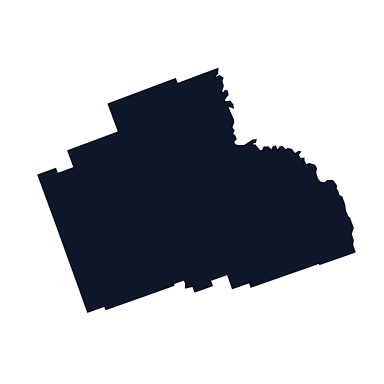 outline of Valley, Montana, United States of America, rotated 250°
{"feature_id": "52423323B15703516824983", "entity_name": "Valley", "entity_type": "district", "adm_level": 2, "iso_a3": "USA", "parent_name": "United States of America", "parent_adm1": "Montana", "projection": "orthographic", "projection_center": [-106.597, 48.331], "detail": "fine", "context": "isolated", "style": "filled", "palette": "ink", "viewbox_px": 384, "rotation_deg": 250, "n_neighbors": 0, "source": "geoboundaries", "source_scale": "gbopen_adm2", "svg_char_len": 1562}
<svg xmlns="http://www.w3.org/2000/svg" viewBox="0 0 384 384"><g transform="rotate(250 192 192)"><path d="M219.2,269.9L219.8,266.7L217.6,257.3L219.2,252.1L221.6,248.2L225.4,248.1L226.6,251.3L230.2,251.4L232.6,249.5L235.5,252.4L239.0,251.3L243.3,254.7L245.4,255.5L259.8,254.5L259.5,257.0L257.2,259.4L260.3,260.0L264.1,258.7L265.4,253.6L268.1,254.0L271.2,259.0L275.3,259.4L275.6,257.4L273.8,255.4L276.4,253.8L280.9,257.4L286.3,257.9L288.5,259.9L291.7,257.7L291.3,253.5L293.3,253.5L294.4,256.2L299.0,258.4L298.7,222.6L298.6,215.1L304.0,215.0L303.3,143.5L273.5,143.7L273.1,89.6L255.2,89.7L255.1,71.7L260.6,71.7L260.5,53.2L242.3,53.3L224.2,53.3L211.1,53.4L186.1,53.3L144.5,53.2L114.9,53.0L114.8,71.1L111.2,71.1L110.6,142.7L112.4,142.7L112.3,154.9L107.7,154.8L104.2,153.3L103.3,160.7L97.3,160.7L97.2,169.2L97.2,178.8L102.8,178.8L102.6,197.4L87.6,197.1L87.4,215.2L82.6,215.1L81.8,287.4L80.4,287.4L80.0,324.5L87.6,324.7L91.6,326.9L98.2,327.0L103.1,331.0L113.4,331.0L115.7,329.8L122.0,329.6L128.1,331.0L136.4,330.9L138.1,328.7L143.4,329.1L145.7,328.2L148.4,329.7L153.0,328.6L154.6,327.9L156.2,322.9L154.9,319.6L157.4,315.6L161.2,314.3L168.0,314.5L171.5,316.9L175.1,316.3L178.4,311.9L178.3,308.4L183.1,307.6L185.3,308.5L186.5,304.7L190.9,304.5L192.6,307.4L193.5,305.8L192.5,301.6L198.0,299.9L199.9,296.7L199.1,294.2L203.8,292.2L204.1,290.0L201.8,287.1L203.6,285.8L206.4,286.2L206.5,283.7L203.6,281.1L208.1,278.8L209.4,275.1L206.6,272.2L207.6,269.7L214.5,267.2L215.1,264.6L217.7,266.0L217.1,268.4L219.2,269.9Z" fill="#0f172a" stroke="#020617" stroke-width="1.5"/></g></svg>